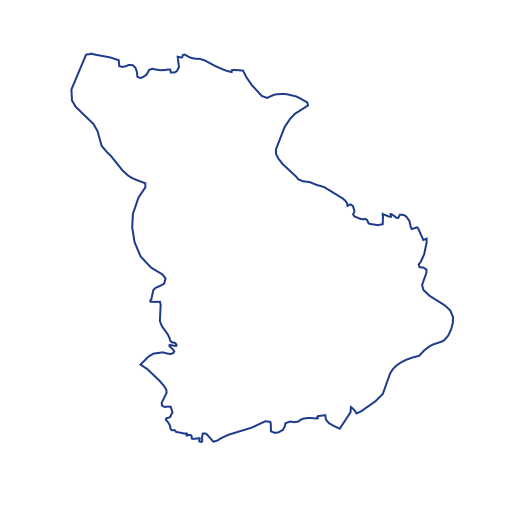 outline of Southern Ostrobothnia, rotated 97°
{"feature_id": "FIN-3183", "entity_name": "Southern Ostrobothnia", "entity_type": "Province", "adm_level": 1, "iso_a3": "FIN", "parent_name": "Finland", "parent_adm1": "", "projection": "orthographic", "projection_center": [23.15, 62.738], "detail": "fine", "context": "isolated", "style": "outline", "palette": "blue", "viewbox_px": 512, "rotation_deg": 97, "n_neighbors": 0, "source": "natural_earth", "source_scale": "10m", "svg_char_len": 3741}
<svg xmlns="http://www.w3.org/2000/svg" viewBox="0 0 512 512"><g transform="rotate(97 256 256)"><path d="M335.2,81.9L337.7,88.3L340.6,94.1L343.9,99.1L347.6,103.3L351.8,106.5L356.3,108.6L377.4,113.3L385.9,120.0L397.1,132.5L400.0,137.0L397.4,139.2L395.8,141.0L394.4,143.4L399.5,143.1L417.2,151.8L415.2,158.1L413.0,163.3L409.9,166.6L405.6,167.9L407.3,174.9L408.3,175.5L409.0,175.0L409.5,174.8L410.0,177.0L410.0,179.4L410.2,182.7L410.7,185.6L411.7,189.3L413.4,192.1L415.1,193.6L416.2,197.3L416.2,202.0L418.4,206.4L421.1,206.5L425.3,208.1L428.3,212.2L429.3,215.6L428.2,219.8L420.6,220.9L418.9,221.6L418.9,226.6L426.9,239.4L436.9,261.8L441.1,268.5L443.8,271.6L445.5,275.7L439.3,282.7L438.3,284.6L438.8,287.3L442.7,287.4L446.2,286.8L447.2,287.4L447.1,289.0L446.7,289.8L443.9,289.6L443.8,290.5L444.1,291.4L444.4,292.4L445.0,295.3L445.2,296.3L445.1,297.4L442.4,298.1L441.8,298.7L441.8,299.2L441.8,301.0L442.1,302.1L442.6,302.3L442.5,303.2L442.2,303.2L440.9,302.8L440.7,302.9L440.7,304.3L441.0,305.6L441.0,306.4L440.7,307.4L440.6,310.1L440.3,313.9L438.8,315.5L438.9,316.7L439.2,318.4L437.9,319.9L436.2,320.2L434.7,320.8L432.0,322.8L429.5,325.5L427.9,325.1L427.4,323.5L426.2,321.5L424.5,320.9L423.4,320.8L421.6,319.8L416.0,322.3L416.2,325.2L417.0,328.3L416.0,331.1L413.2,331.7L402.7,328.1L399.9,328.6L396.3,331.4L391.7,336.4L381.5,350.1L377.9,357.4L368.9,350.4L365.4,345.9L363.1,337.2L363.2,334.6L363.7,331.8L363.7,329.0L362.4,326.2L360.5,325.5L358.8,327.2L356.9,329.8L355.9,331.0L354.8,330.9L355.1,324.4L354.1,324.0L353.1,324.7L352.1,325.8L351.9,327.5L352.1,329.0L350.2,331.0L348.0,331.8L344.2,334.3L337.2,340.8L332.2,343.5L316.0,344.7L313.1,345.8L313.4,347.2L313.8,350.1L314.3,355.1L313.1,355.5L311.6,354.6L302.4,353.8L300.0,351.9L296.0,345.5L294.4,343.7L289.2,343.1L285.8,346.5L280.2,358.9L270.5,370.5L257.1,378.2L242.5,382.4L229.0,383.3L212.1,379.7L201.4,374.2L197.3,374.7L195.3,383.2L193.7,388.5L191.9,392.5L187.1,399.2L173.6,413.0L171.2,416.5L165.4,422.7L151.4,428.5L144.8,433.4L130.0,453.0L124.1,457.6L113.2,459.5L76.9,449.2L76.4,447.7L76.1,446.3L75.7,445.0L75.2,444.5L75.7,440.7L76.7,424.8L78.4,416.1L84.2,414.9L84.6,411.6L83.5,408.2L81.9,405.6L81.6,401.8L83.6,398.8L87.2,396.9L92.7,395.5L93.4,392.4L92.3,390.2L89.9,387.2L86.6,385.5L84.5,385.0L82.8,381.7L83.1,378.6L83.2,373.1L82.5,368.8L81.7,366.5L81.5,363.8L84.2,362.9L83.8,359.3L82.2,357.1L77.8,355.5L67.8,358.0L67.8,357.5L68.1,354.1L67.6,353.4L66.1,353.2L65.3,352.9L64.8,351.5L65.7,348.8L66.6,347.2L67.5,342.9L67.5,338.1L67.2,335.9L68.1,330.8L72.4,319.7L75.0,311.1L75.9,307.0L76.4,302.6L74.6,302.6L74.1,300.9L73.7,295.8L73.6,291.5L79.9,287.2L87.0,280.9L96.5,269.6L97.8,264.2L96.5,262.4L94.0,258.1L93.0,255.5L91.8,248.7L91.7,244.8L92.7,235.6L94.4,230.7L96.2,226.8L97.2,223.9L100.2,222.7L110.0,234.6L115.2,238.6L124.5,243.3L147.7,249.2L152.2,248.6L156.3,245.9L161.5,240.8L172.5,225.6L174.7,223.5L176.1,218.7L176.1,211.7L178.2,203.9L178.5,201.4L179.3,196.8L188.1,177.4L190.1,174.3L192.4,172.1L195.1,171.3L193.8,169.7L193.3,168.4L194.6,165.9L198.8,164.0L200.2,163.8L202.9,164.7L204.7,163.2L206.5,156.6L206.5,153.7L205.8,152.2L206.7,150.1L208.5,149.1L210.0,148.1L210.3,146.2L210.5,138.7L209.0,134.1L201.1,134.8L199.7,135.3L198.8,135.4L199.2,134.3L200.8,128.0L200.6,126.8L199.2,127.0L198.0,127.5L198.0,126.8L199.1,124.3L200.9,121.5L200.9,119.5L200.2,119.3L197.4,118.1L197.3,114.4L198.5,111.7L202.4,108.1L208.9,105.7L210.3,104.6L209.9,103.9L207.9,99.6L209.1,98.3L219.7,91.9L218.0,88.8L221.7,88.3L233.8,89.3L241.5,91.7L244.7,93.5L247.2,92.2L247.1,88.2L248.7,85.1L251.6,84.8L264.5,87.6L269.2,85.8L274.3,79.0L282.0,62.6L286.3,56.6L292.7,53.0L298.0,52.5L304.8,53.3L311.5,55.5L316.8,59.0L318.6,61.8L322.2,69.4L324.6,72.9L329.4,77.7L335.2,81.9Z" fill="none" stroke="#1e3a8a" stroke-width="2"/></g></svg>